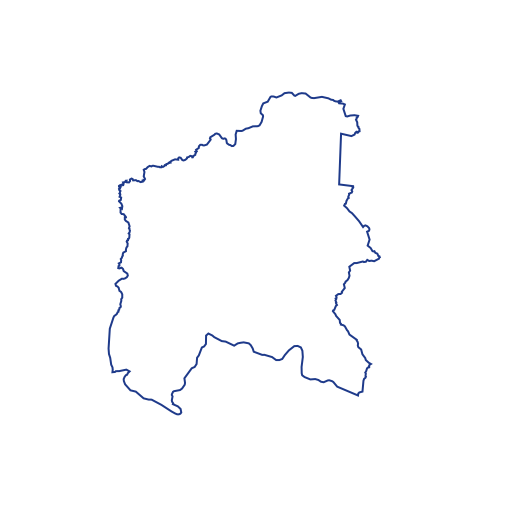 the district of Daffiama Bussie Issa, Upper West, Ghana, rotated 295°
{"feature_id": "2480657B92911606303429", "entity_name": "Daffiama Bussie Issa", "entity_type": "district", "adm_level": 2, "iso_a3": "GHA", "parent_name": "Ghana", "parent_adm1": "Upper West", "projection": "robinson", "projection_center": [-2.277, 10.369], "detail": "fine", "context": "isolated", "style": "outline", "palette": "blue", "viewbox_px": 512, "rotation_deg": 295, "n_neighbors": 0, "source": "geoboundaries", "source_scale": "gbopen_adm2", "svg_char_len": 6115}
<svg xmlns="http://www.w3.org/2000/svg" viewBox="0 0 512 512"><g transform="rotate(295 256 256)"><path d="M426.2,289.3L425.2,285.7L423.1,282.0L421.0,279.7L420.7,278.2L426.3,273.0L430.9,272.5L430.8,270.2L429.5,266.8L430.1,265.9L430.6,265.8L432.3,267.7L432.9,266.9L430.6,264.9L429.9,263.3L429.6,261.4L430.0,260.0L429.4,257.9L429.5,255.0L428.1,248.5L423.6,241.9L422.8,239.7L422.7,238.4L424.2,232.3L422.9,228.6L421.1,226.2L417.7,223.9L417.6,222.9L419.0,219.5L418.0,216.7L415.6,213.0L412.4,211.4L408.3,207.5L408.0,204.6L407.1,202.5L406.3,201.9L400.8,201.4L397.4,198.1L394.3,198.0L389.5,198.6L387.4,200.0L386.5,202.8L385.3,203.5L379.9,204.4L375.9,204.0L374.4,202.8L372.2,198.4L368.6,195.1L367.1,193.0L363.9,190.9L363.1,189.9L361.3,185.6L357.5,186.2L353.5,188.4L348.7,189.9L346.2,189.0L345.4,187.6L345.7,185.8L345.4,184.7L345.8,182.4L346.1,181.8L348.6,180.1L349.4,178.9L349.4,178.0L348.4,176.8L348.3,175.4L350.6,171.3L350.5,168.7L349.5,167.4L348.4,167.1L344.3,164.4L343.0,164.6L342.6,165.6L342.0,165.7L336.2,164.4L334.4,162.4L333.9,161.4L334.0,160.1L333.2,158.5L331.3,157.9L329.7,158.5L326.9,156.8L325.9,158.0L324.9,157.0L324.3,158.0L323.3,157.8L322.0,158.2L320.4,157.1L318.7,157.0L318.5,156.5L319.4,156.0L319.0,154.1L317.3,153.2L316.2,151.9L315.3,152.2L313.3,151.3L312.0,150.0L311.8,148.7L313.2,146.2L312.9,144.7L311.6,144.2L310.4,144.8L309.4,141.8L306.7,139.3L305.1,138.5L304.7,138.9L304.4,138.1L303.8,138.3L303.4,137.4L302.3,137.1L301.4,135.9L300.3,136.1L299.8,134.9L298.9,135.0L297.4,134.0L297.5,132.6L296.4,132.7L295.8,131.4L295.9,130.4L295.4,129.5L294.4,124.8L293.9,123.9L293.0,123.4L292.7,121.5L290.7,120.2L288.6,119.6L287.6,118.3L286.7,117.8L285.0,119.4L280.7,120.6L278.9,122.9L277.2,122.6L277.2,122.0L276.6,122.2L276.3,121.4L275.5,121.9L274.2,120.2L274.3,117.7L273.7,116.9L274.0,115.1L272.6,112.7L273.6,111.7L273.6,110.5L272.0,109.4L270.8,110.2L269.0,109.8L268.2,107.8L268.8,106.9L269.5,106.8L269.1,106.1L267.8,106.2L266.5,104.4L265.5,105.5L264.1,105.7L263.9,105.5L264.4,104.6L263.4,103.6L262.7,103.8L262.5,102.7L261.6,102.2L261.0,102.5L261.0,104.0L260.2,103.7L259.7,104.2L258.9,103.5L258.0,104.2L257.6,105.7L256.3,105.6L255.2,106.4L254.8,106.0L254.1,107.2L252.0,107.3L252.0,109.1L249.7,109.8L248.3,108.6L247.7,108.7L246.5,111.9L244.7,113.8L242.3,114.5L242.7,113.1L242.2,112.5L241.7,113.7L240.7,113.7L238.1,114.9L237.3,116.5L238.0,118.4L236.4,121.6L236.1,121.8L235.5,120.8L233.6,121.7L232.8,123.2L232.4,126.2L229.5,128.9L227.5,129.1L227.2,129.9L226.4,130.2L225.8,131.0L224.2,131.4L222.6,131.1L222.2,132.2L219.1,133.4L218.0,133.4L217.5,132.8L216.1,133.4L215.5,132.6L214.4,132.7L213.1,134.4L210.4,135.4L209.0,135.0L207.1,135.3L205.4,136.1L203.0,134.3L201.2,134.5L200.0,135.2L199.2,134.9L197.7,135.2L196.1,134.7L195.2,135.6L193.2,136.3L191.3,134.8L190.7,135.7L189.6,136.3L188.8,135.7L186.8,136.3L187.0,137.4L188.6,139.1L188.5,139.6L188.0,141.0L186.4,142.5L185.7,146.8L184.1,148.1L182.2,147.9L180.4,146.8L179.3,145.6L178.8,144.1L175.6,142.0L171.3,140.4L169.8,141.7L169.8,143.4L169.2,144.9L166.7,147.0L166.5,148.6L166.0,149.5L164.7,151.0L161.7,152.4L159.9,152.1L158.4,152.9L154.9,153.4L153.4,154.7L152.3,154.9L151.2,154.2L149.4,154.7L148.6,154.2L147.4,154.9L146.4,154.3L144.9,154.4L143.5,153.9L141.8,152.9L140.1,152.8L128.4,154.2L109.8,161.5L105.0,164.2L102.1,166.9L96.3,170.7L94.4,173.0L92.4,174.2L90.0,175.0L91.3,177.2L92.4,177.7L93.8,180.6L98.2,186.5L98.0,190.2L95.5,189.3L94.0,189.4L92.9,188.4L90.8,188.0L88.5,188.1L86.8,189.1L84.4,191.6L81.2,199.0L82.3,204.4L79.5,214.3L80.5,219.4L81.7,222.1L81.1,233.2L79.4,245.2L79.1,249.4L79.2,251.4L79.9,253.0L81.1,254.1L82.6,254.4L85.5,252.3L86.7,248.7L86.6,243.3L87.4,243.3L88.5,241.5L89.6,240.7L93.5,239.7L94.5,238.4L95.2,238.2L97.9,238.2L98.8,238.8L102.4,243.8L104.6,245.0L109.2,245.8L111.0,245.3L114.9,242.8L127.1,245.2L129.5,247.3L133.0,247.8L138.9,245.6L141.7,246.2L150.2,245.6L152.1,247.2L155.1,247.8L162.8,244.4L165.6,245.6L165.5,250.0L164.8,252.5L164.4,260.9L165.6,264.7L165.5,274.1L169.1,276.4L170.9,278.8L172.5,281.3L173.8,286.4L173.0,288.9L170.8,292.1L168.3,294.4L169.0,303.4L170.0,305.4L171.2,313.3L170.2,318.2L171.6,321.2L173.8,323.3L178.4,324.0L184.4,325.7L190.5,328.8L192.1,331.8L192.1,335.3L189.7,338.1L184.3,341.1L174.7,344.2L169.0,347.0L167.4,348.3L166.8,351.2L167.1,357.4L169.5,361.7L170.0,365.0L169.5,368.0L170.2,370.7L173.5,373.6L174.3,374.8L174.7,377.8L174.5,379.3L171.9,384.8L172.7,407.4L174.6,406.8L176.0,407.3L178.1,409.8L188.4,406.1L190.4,405.9L191.8,406.6L193.1,406.6L193.4,406.0L195.9,405.2L196.5,404.3L198.2,404.5L201.1,404.1L202.5,404.8L202.8,405.5L203.3,405.6L203.9,404.9L205.3,404.9L206.7,405.8L206.9,403.4L208.1,399.5L209.7,398.1L211.9,394.0L215.7,390.8L216.6,387.3L217.9,386.1L219.8,385.5L221.3,384.2L222.0,382.9L222.6,382.8L224.3,373.9L226.7,371.2L227.2,369.9L229.8,366.3L230.2,364.6L229.7,361.9L230.5,361.6L230.9,360.4L233.4,358.9L235.6,353.8L236.7,352.7L238.5,349.0L239.2,348.9L240.3,349.7L244.5,349.5L245.8,350.1L246.8,348.7L247.4,348.2L247.9,348.4L249.3,346.8L250.8,346.9L251.2,346.2L251.9,346.7L252.8,346.4L253.7,345.3L256.3,346.7L257.3,348.7L259.1,349.5L259.8,348.9L264.5,350.0L267.5,347.6L269.6,348.2L270.6,348.0L272.8,349.1L275.1,349.4L277.6,349.1L280.4,347.1L282.5,347.5L285.7,345.1L291.1,348.0L292.1,350.2L296.2,355.2L296.1,356.3L297.2,358.0L299.5,358.5L299.3,360.7L300.6,362.7L301.2,365.3L305.6,368.6L306.8,368.3L307.2,368.7L307.9,368.0L307.7,366.9L309.4,365.0L309.3,362.8L310.4,361.3L309.7,360.4L309.7,359.4L311.7,356.5L312.6,352.8L318.9,352.0L325.0,346.4L326.7,347.8L328.2,347.5L329.1,346.7L330.0,344.4L330.0,342.3L329.1,341.3L327.5,340.8L331.1,334.7L333.8,328.7L335.4,324.9L335.9,321.9L337.8,318.3L338.9,314.6L340.8,314.6L341.4,315.3L344.3,314.7L347.6,315.0L347.9,315.4L348.7,314.6L351.1,314.5L351.8,314.0L354.0,316.0L355.3,315.9L356.1,314.7L359.2,315.2L360.0,314.7L359.8,314.1L360.2,314.1L356.0,301.1L402.8,281.4L405.0,291.8L407.7,294.0L409.5,293.9L411.1,294.5L411.3,295.2L410.4,295.1L410.5,295.8L411.1,296.4L412.6,296.6L412.9,297.1L414.9,296.0L415.4,294.8L416.4,294.2L416.3,293.7L417.0,292.8L420.0,291.2L421.8,289.0L422.9,289.2L423.6,288.8L425.0,289.4L426.2,289.3Z" fill="none" stroke="#1e3a8a" stroke-width="2"/></g></svg>